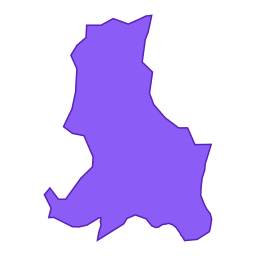 the border of Vecpiebalgas
{"feature_id": "LVA-5797", "entity_name": "Vecpiebalgas", "entity_type": "Municipality", "adm_level": 1, "iso_a3": "LVA", "parent_name": "Latvia", "parent_adm1": "", "projection": "orthographic", "projection_center": [25.724, 57.121], "detail": "fine", "context": "isolated", "style": "filled", "palette": "violet", "viewbox_px": 256, "rotation_deg": 0, "n_neighbors": 0, "source": "natural_earth", "source_scale": "10m", "svg_char_len": 1012}
<svg xmlns="http://www.w3.org/2000/svg" viewBox="0 0 256 256"><path d="M142.2,17.9L145.7,16.1L151.7,15.4L148.2,31.9L145.2,39.8L142.2,62.1L152.5,72.1L149.5,93.3L153.7,104.5L165.2,117.9L178.6,127.9L187.6,127.9L194.9,144.6L211.2,144.4L205.2,164.0L204.7,170.1L202.1,178.2L201.1,187.2L200.7,195.2L204.1,204.0L206.7,209.1L210.2,213.8L211.6,218.9L210.5,226.8L209.4,231.6L197.2,239.4L184.6,240.6L183.2,237.9L181.0,235.2L179.8,232.6L178.1,230.5L176.8,228.4L175.1,226.5L172.4,224.7L168.9,223.4L162.0,224.7L158.7,227.0L155.6,227.5L151.7,225.8L146.1,218.8L135.3,214.9L126.9,218.5L123.7,223.9L97.4,240.3L98.9,231.9L101.1,225.1L100.3,221.0L100.9,219.0L100.9,217.7L99.1,217.8L87.0,225.1L79.1,226.9L72.4,226.7L53.8,217.4L48.7,217.6L51.1,208.1L44.4,194.7L49.9,188.0L58.4,199.2L65.7,199.2L80.9,178.1L92.5,166.9L93.1,156.9L84.0,135.7L72.5,133.4L63.5,126.7L72.0,108.9L75.6,92.1L76.9,68.7L70.9,55.3L77.0,45.3L86.0,37.5L86.7,25.2L101.1,25.2L113.2,18.6L128.3,24.1L142.2,17.9Z" fill="#8b5cf6" stroke="#5b21b6" stroke-width="1.5"/></svg>